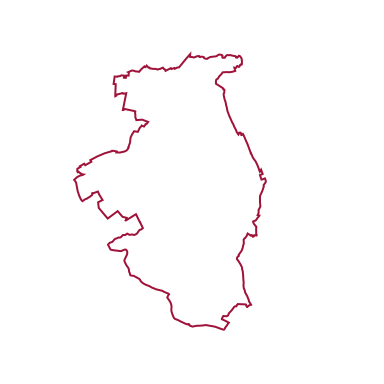 Craciunesti, Mures, Romania, rotated 334°
{"feature_id": "2599482B86140675051410", "entity_name": "Craciunesti", "entity_type": "district", "adm_level": 2, "iso_a3": "ROU", "parent_name": "Romania", "parent_adm1": "Mures", "projection": "natural_earth1", "projection_center": [24.571, 46.464], "detail": "fine", "context": "isolated", "style": "outline", "palette": "rose", "viewbox_px": 384, "rotation_deg": 334, "n_neighbors": 0, "source": "geoboundaries", "source_scale": "gbopen_adm2", "svg_char_len": 5988}
<svg xmlns="http://www.w3.org/2000/svg" viewBox="0 0 384 384"><g transform="rotate(334 192 192)"><path d="M195.7,319.2L195.3,315.6L195.4,314.9L195.7,313.8L195.8,311.8L196.0,309.7L195.7,305.8L196.3,303.3L196.4,301.0L197.7,297.7L198.5,296.6L200.0,292.7L201.6,288.9L202.9,285.3L203.1,283.5L203.7,282.4L203.9,280.9L203.9,278.8L203.5,274.4L203.0,271.9L203.6,271.0L204.1,270.5L204.8,270.2L206.1,269.9L206.1,269.5L206.3,269.0L210.9,266.5L212.8,264.7L214.4,262.7L216.0,261.0L217.5,257.5L218.8,256.7L219.1,256.8L219.7,256.6L221.4,255.7L222.1,255.3L223.8,253.7L225.4,256.2L225.4,256.5L225.6,256.9L225.9,257.1L226.5,256.8L227.4,257.7L228.3,258.0L227.1,258.8L227.2,259.0L228.3,258.9L228.7,258.4L229.6,258.5L230.9,259.4L231.1,259.3L231.3,258.8L231.1,258.4L231.2,258.1L233.7,252.8L234.6,251.5L234.1,249.7L234.0,248.9L233.7,248.0L233.7,246.2L234.0,245.3L234.4,245.2L235.7,245.5L237.3,245.3L239.5,244.0L242.1,242.9L242.3,242.7L240.9,241.5L241.6,241.0L242.9,239.7L243.9,237.4L247.1,235.0L248.6,231.1L251.0,226.1L251.6,225.2L255.5,222.0L258.9,218.6L259.1,217.8L259.4,217.2L262.4,215.6L263.1,214.6L263.3,213.8L263.5,212.5L263.5,211.7L261.2,211.6L259.9,211.3L260.5,206.6L263.4,206.8L263.9,202.2L261.9,203.5L262.0,201.6L262.3,199.9L262.6,196.1L262.6,192.5L261.8,187.9L262.1,182.8L261.8,182.8L262.0,181.9L263.0,171.9L262.9,171.3L263.3,163.4L263.2,162.2L262.2,162.6L261.3,162.5L261.2,162.3L261.8,161.0L261.7,160.3L261.3,159.6L260.5,159.4L260.0,160.0L258.9,160.7L258.5,157.9L258.7,155.2L258.6,152.0L258.7,149.7L258.9,149.0L258.6,147.5L258.9,139.5L259.4,134.6L260.4,131.0L260.7,129.0L261.6,125.9L261.9,123.1L262.8,119.3L263.5,117.6L264.4,117.0L265.9,114.5L265.1,113.4L265.1,113.2L265.5,112.8L265.0,111.7L261.0,105.2L262.0,103.0L262.9,101.8L263.5,101.5L264.8,101.5L267.3,99.9L270.0,99.0L272.0,97.9L275.7,99.4L278.0,100.7L280.8,101.6L283.6,102.1L284.0,102.1L284.0,101.6L284.6,98.8L285.9,99.7L287.1,99.1L287.6,98.6L287.9,98.6L288.1,98.8L288.8,100.0L289.2,100.2L289.6,100.1L290.7,99.0L291.6,99.2L291.8,98.8L292.1,98.7L292.7,99.1L292.9,99.0L293.4,98.0L294.5,95.7L295.1,93.4L295.0,92.6L294.6,90.8L294.2,90.3L293.9,90.1L293.7,90.2L291.7,91.1L291.2,90.9L290.6,90.4L291.1,89.9L291.0,89.6L290.5,88.9L288.4,87.4L286.6,85.9L285.9,85.5L283.3,84.3L281.7,84.8L280.6,85.5L280.4,85.3L279.8,85.5L278.5,84.8L278.3,84.6L278.3,84.0L279.0,83.2L279.2,82.6L279.0,82.2L278.1,81.3L276.5,80.3L274.6,80.4L273.9,80.7L273.1,80.6L267.7,78.7L264.9,78.7L264.3,79.0L263.1,78.5L261.6,77.1L261.7,75.9L261.5,75.7L260.7,75.0L259.6,74.4L258.5,74.3L258.0,74.0L257.9,73.8L258.1,73.2L257.9,72.9L256.1,72.2L253.1,72.0L252.4,71.8L251.8,71.1L249.5,69.7L249.8,69.0L250.8,67.3L245.2,69.6L235.0,74.3L233.4,73.7L230.6,73.7L230.6,72.9L227.3,72.4L227.1,72.1L227.2,71.4L221.3,71.5L221.5,70.1L220.6,68.9L220.4,67.5L220.1,67.4L217.3,67.4L215.9,66.9L214.8,66.9L213.3,65.4L210.6,64.1L209.2,62.9L208.5,62.6L208.2,61.4L207.4,61.2L206.6,58.5L205.2,59.3L204.6,59.3L204.3,58.9L204.2,58.3L200.6,59.3L197.0,60.8L196.3,60.1L194.3,59.0L192.6,57.3L191.4,56.5L187.2,56.3L187.6,56.9L187.5,57.1L186.0,59.6L184.0,58.5L182.5,60.4L180.9,59.4L182.1,57.8L180.4,56.6L179.5,56.2L178.0,56.3L176.1,55.5L175.5,55.7L173.1,54.3L168.9,60.5L170.7,61.7L165.7,70.9L165.1,72.3L166.2,72.2L166.2,71.6L166.9,71.4L171.5,72.4L172.4,72.4L173.1,72.7L173.1,73.3L173.6,73.7L176.2,74.4L165.8,88.0L166.5,88.3L167.1,87.4L167.3,87.4L176.2,94.4L176.4,94.7L175.4,96.1L175.1,97.4L173.7,100.4L173.7,101.9L173.5,103.0L179.0,105.2L183.3,109.8L181.6,110.7L181.0,110.9L180.5,110.6L179.9,110.7L179.3,111.3L177.5,112.1L176.0,110.2L175.2,110.7L173.1,111.5L172.3,112.1L169.7,114.2L166.6,112.0L163.2,114.1L160.7,116.1L157.9,120.5L154.2,124.1L154.4,124.3L153.3,125.2L151.4,126.0L149.0,126.0L144.4,124.9L141.4,123.3L142.1,122.6L139.7,120.7L138.2,119.9L137.9,120.2L130.4,118.9L122.4,118.5L114.6,118.8L114.8,120.7L107.8,121.1L107.5,119.3L102.5,119.7L102.7,120.6L99.1,120.9L97.9,123.2L98.0,124.1L99.0,124.1L99.2,125.2L100.1,126.3L100.5,127.5L102.2,128.7L101.4,128.8L98.6,128.2L95.4,128.2L91.4,129.4L91.8,131.3L91.9,132.2L91.9,133.0L89.7,140.8L89.0,145.8L88.9,149.6L89.0,150.5L89.5,152.2L92.7,151.7L94.8,151.9L96.1,151.6L97.8,151.6L99.2,151.2L100.6,151.0L101.5,150.4L101.7,149.9L101.6,149.5L101.9,149.3L103.3,149.9L107.6,150.3L107.5,153.9L108.1,160.0L103.1,160.1L101.2,165.4L104.6,178.9L116.8,176.6L118.7,183.9L122.0,186.6L119.9,188.4L120.1,188.6L131.9,187.4L131.9,195.0L131.9,196.0L132.1,196.0L132.0,202.9L130.0,203.4L128.3,203.1L126.8,203.8L124.6,205.1L124.0,205.3L122.2,205.4L121.1,205.2L119.5,203.9L117.1,203.1L116.1,202.0L115.9,201.3L115.5,201.0L113.1,201.4L111.2,200.4L110.4,200.6L108.7,201.3L107.3,201.4L105.7,200.6L104.0,200.7L102.4,200.4L101.3,200.7L98.6,201.9L95.8,201.6L93.4,202.5L93.5,205.6L93.5,207.8L94.0,208.5L96.3,210.2L101.9,213.8L102.8,214.1L105.0,214.1L106.7,214.4L107.3,214.8L107.5,215.3L107.7,216.1L107.6,217.3L107.0,218.7L105.7,220.1L101.9,223.1L101.4,223.6L100.9,225.0L100.9,228.9L101.5,232.7L101.3,234.0L100.5,236.2L100.5,237.9L100.1,238.9L100.2,240.0L101.6,241.1L102.5,241.5L102.9,241.9L105.5,245.5L106.7,247.4L106.9,249.8L107.2,250.9L108.2,252.9L109.4,254.6L110.6,256.0L112.2,257.6L114.4,260.8L115.6,261.9L116.5,263.2L122.1,267.9L123.1,269.5L126.3,273.1L126.6,273.8L124.6,275.0L123.5,276.0L124.2,280.8L124.2,282.4L123.8,284.8L123.6,285.6L121.9,288.6L121.2,290.3L120.6,294.8L120.6,297.1L120.8,298.1L121.2,298.7L123.3,301.0L125.2,303.6L128.7,307.9L129.5,308.7L130.0,309.0L130.5,308.9L131.3,309.4L131.4,309.6L131.3,309.8L131.0,310.0L131.6,311.0L131.8,311.2L131.8,311.7L132.2,311.9L133.2,313.0L133.5,313.2L138.0,314.4L139.0,315.0L143.4,316.8L145.2,317.3L146.6,318.0L153.6,323.1L158.9,328.6L160.2,329.7L160.6,329.7L161.4,329.3L162.5,328.4L165.3,327.0L166.9,325.9L167.8,325.6L166.2,323.3L163.1,319.4L163.3,319.0L165.5,317.3L165.8,317.2L168.5,318.8L170.3,318.8L170.8,318.2L172.4,317.0L175.4,315.9L179.5,313.8L180.5,313.6L181.8,314.2L182.8,313.3L184.0,312.8L190.5,316.3L191.2,316.9L190.9,318.3L191.0,319.4L191.2,319.6L193.1,319.0L194.2,319.0L195.7,319.2Z" fill="none" stroke="#9f1239" stroke-width="2"/></g></svg>